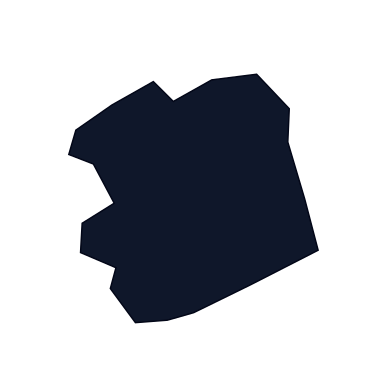 the Urban county of Nyíregyháza, rotated 238°
{"feature_id": "HUN-4923", "entity_name": "Nyíregyháza", "entity_type": "Urban county", "adm_level": 1, "iso_a3": "HUN", "parent_name": "Hungary", "parent_adm1": "", "projection": "orthographic", "projection_center": [21.77, 47.935], "detail": "fine", "context": "isolated", "style": "filled", "palette": "ink", "viewbox_px": 384, "rotation_deg": 238, "n_neighbors": 0, "source": "natural_earth", "source_scale": "10m", "svg_char_len": 425}
<svg xmlns="http://www.w3.org/2000/svg" viewBox="0 0 384 384"><g transform="rotate(238 192 192)"><path d="M199.7,65.4L223.7,82.3L223.7,120.1L268.0,123.2L289.1,107.4L306.0,126.3L308.2,170.4L306.1,217.7L278.7,224.1L276.6,268.2L257.6,309.2L211.1,318.6L183.6,299.7L126.5,283.9L75.8,268.1L82.3,192.5L88.8,129.5L96.4,103.1L111.2,74.8L153.4,71.6L168.1,87.4L199.7,65.4Z" fill="#0f172a" stroke="#020617" stroke-width="1.5"/></g></svg>